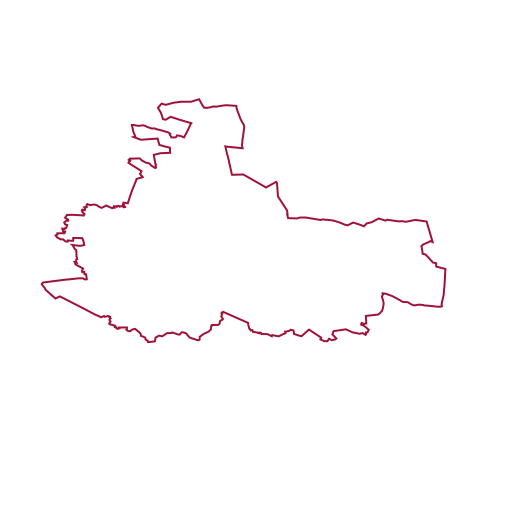 Ļaudonas pag., Madona, Latvia, rotated 206°
{"feature_id": "27541924B83547465612872", "entity_name": "Ļaudonas pag.", "entity_type": "district", "adm_level": 2, "iso_a3": "LVA", "parent_name": "Latvia", "parent_adm1": "Madona", "projection": "natural_earth1", "projection_center": [26.187, 56.69], "detail": "fine", "context": "isolated", "style": "outline", "palette": "rose", "viewbox_px": 512, "rotation_deg": 206, "n_neighbors": 0, "source": "geoboundaries", "source_scale": "gbopen_adm2", "svg_char_len": 6117}
<svg xmlns="http://www.w3.org/2000/svg" viewBox="0 0 512 512"><g transform="rotate(206 256 256)"><path d="M348.2,130.0L348.2,130.3L347.2,131.0L347.9,131.6L340.7,135.2L339.7,133.0L339.8,132.9L338.0,132.5L336.6,133.0L336.1,133.3L335.1,135.5L333.0,137.4L332.7,137.5L327.4,136.2L325.5,135.4L324.4,133.8L324.1,133.7L322.0,134.1L319.8,134.0L319.3,133.6L318.5,132.4L316.8,132.5L316.3,132.4L315.7,131.5L315.4,131.3L315.0,131.4L309.6,134.8L309.5,135.1L310.5,138.7L308.1,142.0L305.1,142.7L302.0,147.8L298.3,149.6L298.0,150.4L297.5,150.6L291.1,151.4L290.1,152.0L289.4,154.8L288.6,155.3L285.2,155.9L279.9,153.6L271.2,154.8L270.5,155.3L270.1,156.0L271.1,158.7L268.9,163.0L265.3,167.4L264.4,170.3L265.4,173.0L265.1,173.5L265.6,174.3L265.6,174.5L259.7,177.6L259.1,179.1L259.8,181.9L258.3,184.0L258.1,184.6L258.2,185.0L260.6,186.3L260.8,188.2L262.0,189.5L261.9,190.3L260.9,190.6L260.9,191.4L233.8,192.4L232.8,190.8L230.8,188.5L230.8,188.3L229.3,187.6L229.3,187.3L228.9,187.2L228.2,186.8L227.9,186.8L227.2,187.6L226.8,187.8L225.8,187.0L225.5,186.5L221.0,187.9L220.6,187.7L219.2,188.0L219.4,188.5L218.1,189.1L217.8,189.1L216.8,188.3L211.5,190.8L206.6,190.8L206.8,191.9L206.4,192.1L200.3,193.8L198.7,196.0L195.7,199.5L196.7,200.8L195.8,201.2L193.1,203.5L192.5,204.9L189.6,205.5L187.6,202.6L181.9,203.4L179.9,203.9L176.1,213.1L161.7,211.2L161.6,209.3L159.4,209.4L157.5,209.3L154.6,210.6L154.4,211.0L154.0,213.7L150.8,213.6L148.1,215.9L147.6,217.1L152.9,219.0L153.4,222.4L143.1,229.5L135.8,229.7L129.1,231.4L126.3,233.5L122.9,233.2L122.7,233.7L123.4,234.8L123.6,235.6L122.3,236.2L122.3,239.1L127.7,240.5L129.8,240.6L131.4,240.4L131.7,242.1L129.1,242.4L127.3,243.7L130.9,250.2L129.6,251.2L120.7,256.8L119.8,258.3L118.7,261.9L118.9,263.9L120.3,269.0L122.0,271.5L124.8,274.3L125.0,274.7L125.1,276.0L124.9,277.2L125.1,277.4L125.9,277.8L125.9,278.0L122.6,279.0L115.9,279.7L109.4,279.5L104.4,279.1L103.1,279.3L100.0,280.8L99.1,281.0L95.0,280.6L93.1,280.7L91.5,281.3L89.2,283.1L87.3,284.1L84.4,285.2L83.5,285.3L83.0,285.3L80.1,286.6L70.4,290.1L68.1,291.2L66.9,292.2L67.1,292.9L67.8,293.5L68.1,294.2L69.4,299.5L70.2,303.2L72.0,307.5L73.2,311.0L80.1,327.4L89.3,325.5L89.8,326.2L90.9,328.5L94.1,327.7L104.2,331.7L107.2,331.0L108.2,332.7L111.7,337.5L110.6,339.9L106.5,344.7L106.0,345.7L103.4,346.0L117.8,361.8L128.6,358.3L136.1,352.6L140.7,351.0L142.8,349.7L154.0,346.1L155.1,344.6L162.1,343.5L167.0,336.9L170.7,333.9L172.0,330.0L175.4,329.8L183.3,328.7L187.0,323.8L190.0,323.1L196.0,322.7L201.2,321.9L205.0,320.8L209.9,318.9L212.0,318.2L213.7,316.7L228.4,312.3L233.9,309.5L235.3,307.9L243.7,304.1L245.9,306.6L245.6,306.7L245.7,306.9L248.0,310.5L262.3,319.1L269.0,330.5L269.4,331.0L270.4,331.5L277.0,322.0L303.1,323.7L313.1,318.5L313.9,319.3L323.6,331.5L324.9,333.1L326.2,334.4L331.6,341.1L329.3,341.8L315.3,347.0L317.2,349.4L318.3,352.6L319.1,354.5L319.6,356.3L322.9,366.3L324.2,368.4L327.5,370.5L330.0,372.4L336.3,378.3L338.0,380.1L339.5,382.3L341.5,381.5L349.0,378.4L352.0,376.5L357.3,372.7L359.9,371.7L362.6,369.3L363.1,369.1L364.9,367.7L367.8,366.6L368.0,366.9L369.6,367.6L373.0,369.9L375.8,372.0L382.0,366.2L390.8,361.9L393.0,360.4L396.8,358.0L403.4,352.3L407.6,351.6L409.1,346.2L404.6,343.3L402.0,340.9L399.6,338.2L396.9,338.9L393.7,343.7L383.5,345.1L372.4,347.0L372.6,345.9L372.5,343.7L372.4,337.7L372.7,331.0L376.7,330.8L379.9,329.7L379.9,328.2L380.2,327.5L380.8,327.1L384.0,325.5L385.5,326.6L386.7,327.3L386.7,328.3L389.2,328.6L398.0,327.1L399.7,326.6L403.1,326.2L405.5,324.9L410.5,324.3L412.7,324.4L414.5,324.1L418.8,321.4L423.7,320.0L425.0,319.4L420.9,314.1L416.8,310.4L418.1,309.3L410.5,310.0L395.9,318.4L391.6,313.5L386.8,314.3L380.9,315.6L378.4,311.1L387.3,306.3L387.4,306.1L392.2,302.1L388.1,296.4L386.6,294.5L386.4,294.5L386.5,294.3L384.6,291.6L385.3,290.8L387.4,291.2L388.0,291.2L389.9,291.4L392.4,292.5L396.0,291.6L400.7,291.9L403.2,292.8L412.2,288.1L412.0,287.5L412.4,286.7L410.8,286.6L410.8,285.9L411.5,285.6L411.4,285.0L411.5,283.9L408.8,283.5L396.1,282.1L396.1,279.1L396.2,278.9L392.4,277.3L393.4,276.1L393.8,276.0L397.1,272.9L397.0,271.6L396.8,271.1L396.7,268.1L396.5,266.4L396.3,261.9L395.1,252.3L394.3,247.2L398.5,245.9L398.3,244.2L397.4,244.2L395.2,242.6L396.5,241.7L398.0,242.5L400.2,240.5L401.2,240.9L402.7,240.1L402.5,239.3L402.9,239.1L405.5,238.5L405.5,238.2L404.6,237.3L405.6,237.0L405.8,236.1L406.2,235.9L407.9,235.9L408.2,235.8L412.8,235.7L415.0,232.6L415.8,231.7L416.2,231.5L419.5,231.5L421.2,231.9L423.9,231.4L425.6,230.3L427.4,229.0L430.4,228.7L430.7,227.6L429.6,225.9L431.7,224.5L430.3,223.8L430.0,222.1L432.4,221.6L432.4,220.3L431.5,220.0L431.5,219.6L431.4,219.4L428.5,218.5L428.7,216.7L429.4,216.6L437.6,213.2L441.0,211.6L442.4,210.6L443.8,210.2L444.4,206.7L442.2,206.4L441.1,206.4L440.3,205.6L440.5,205.1L441.8,205.0L443.1,202.1L441.5,200.8L439.3,201.1L438.9,198.0L440.0,197.0L439.9,196.4L442.1,195.7L440.3,193.7L438.3,194.4L438.1,192.5L444.5,189.3L443.9,188.2L445.1,186.7L443.3,185.6L438.8,185.3L436.8,186.4L433.6,185.6L431.6,186.4L431.9,187.5L429.1,188.5L427.0,189.6L428.2,192.1L419.9,195.9L416.6,192.6L415.7,191.0L415.2,190.5L417.3,188.9L419.0,187.8L425.9,185.4L425.3,185.2L422.2,183.0L421.7,182.8L420.1,182.5L419.0,180.4L418.6,179.8L417.3,177.1L415.4,175.1L415.9,174.7L415.7,172.4L414.3,171.4L416.3,171.0L414.5,169.3L405.9,168.9L405.9,166.2L405.0,165.3L403.4,166.5L402.3,164.6L402.1,164.4L400.8,165.1L399.6,163.5L397.9,160.9L399.6,159.9L401.7,160.1L405.8,158.1L413.0,153.5L416.3,151.6L435.7,138.9L436.3,136.9L435.7,136.4L431.2,134.3L430.6,133.5L429.7,133.2L422.5,131.3L422.6,131.2L419.0,130.3L417.7,129.8L414.6,133.7L385.9,133.2L375.2,132.8L371.5,133.0L368.4,133.0L368.0,133.6L367.1,134.3L366.8,134.8L366.2,135.1L366.3,135.3L366.1,135.4L365.7,135.1L365.4,135.0L362.6,137.2L361.9,137.4L361.6,137.0L361.2,136.8L360.4,137.2L360.2,136.7L359.5,136.2L359.9,135.8L359.7,135.4L359.8,134.5L359.4,134.2L359.3,133.9L358.0,133.4L358.0,133.2L358.2,132.2L358.2,131.6L358.4,131.3L358.2,131.1L358.2,130.8L357.9,130.6L356.7,130.6L355.9,131.0L354.3,131.1L353.3,131.5L352.5,131.5L351.8,131.3L352.1,130.6L351.8,130.2L350.7,130.6L349.6,129.8L349.3,129.7L348.2,130.0Z" fill="none" stroke="#9f1239" stroke-width="2"/></g></svg>